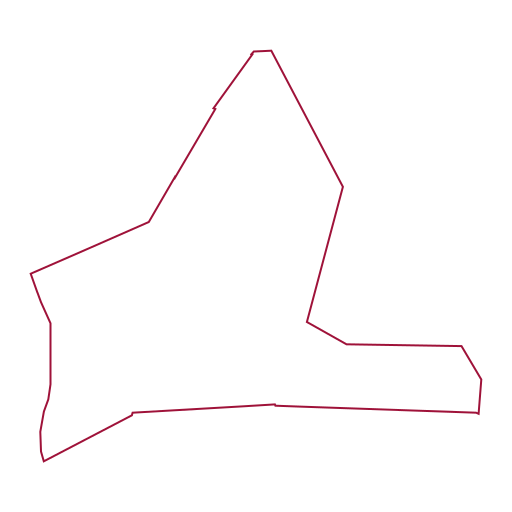 outline of Guesneau, Castries, Saint Lucia
{"feature_id": "8701671B77991927650857", "entity_name": "Guesneau", "entity_type": "district", "adm_level": 2, "iso_a3": "LCA", "parent_name": "Saint Lucia", "parent_adm1": "Castries", "projection": "orthographic", "projection_center": [-60.966, 13.992], "detail": "fine", "context": "isolated", "style": "outline", "palette": "rose", "viewbox_px": 512, "rotation_deg": 0, "n_neighbors": 0, "source": "geoboundaries", "source_scale": "gbopen_adm2", "svg_char_len": 643}
<svg xmlns="http://www.w3.org/2000/svg" viewBox="0 0 512 512"><path d="M271.3,50.7L263.1,51.1L253.8,51.5L250.6,55.1L251.5,54.5L253.0,53.5L213.5,108.3L215.3,109.0L176.1,175.8L175.0,177.7L174.8,177.2L148.8,222.0L86.0,249.6L30.7,273.7L37.3,292.3L37.5,292.7L41.0,302.2L50.5,323.3L50.5,354.2L50.5,384.3L49.8,389.2L48.3,399.4L44.7,409.3L43.9,411.5L42.3,420.5L40.3,431.8L40.6,440.0L41.0,451.5L43.8,461.3L131.9,415.3L132.4,413.3L132.6,412.7L241.9,406.4L274.9,404.4L275.4,405.7L296.9,406.5L476.1,412.7L478.6,413.8L481.3,379.5L461.5,346.1L346.5,344.3L306.9,322.0L342.9,186.8L341.1,183.4L271.3,50.7Z" fill="none" stroke="#9f1239" stroke-width="2"/></svg>